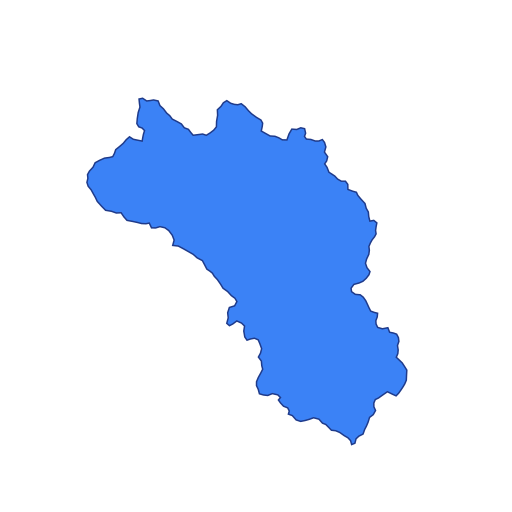 Abre Campo, Minas Gerais, Brazil (orthographic projection), rotated 113°
{"feature_id": "56859067B55300452667889", "entity_name": "Abre Campo", "entity_type": "district", "adm_level": 2, "iso_a3": "BRA", "parent_name": "Brazil", "parent_adm1": "Minas Gerais", "projection": "orthographic", "projection_center": [-42.441, -20.281], "detail": "fine", "context": "isolated", "style": "filled", "palette": "blue", "viewbox_px": 512, "rotation_deg": 113, "n_neighbors": 0, "source": "geoboundaries", "source_scale": "gbopen_adm2", "svg_char_len": 3564}
<svg xmlns="http://www.w3.org/2000/svg" viewBox="0 0 512 512"><g transform="rotate(113 256 256)"><path d="M392.2,94.3L389.7,91.8L385.2,92.5L381.6,90.9L378.1,87.9L373.2,88.2L369.5,87.9L365.3,87.9L360.2,88.4L356.2,86.1L351.5,85.6L348.7,88.6L345.3,90.1L341.5,90.1L338.9,87.8L334.8,85.3L329.6,82.0L329.9,76.4L330.0,72.4L326.6,71.1L322.5,70.2L318.7,69.5L315.6,69.1L311.6,69.1L306.8,70.9L302.1,72.6L299.8,75.9L297.3,79.6L295.9,83.2L294.4,87.3L290.5,87.3L287.0,88.4L283.1,90.8L278.8,91.1L275.5,93.0L273.0,96.0L273.2,99.4L274.0,103.2L270.5,106.6L273.6,111.2L274.2,116.1L271.7,118.9L268.8,120.4L264.7,120.6L261.2,121.7L261.7,125.0L261.9,128.9L259.3,132.0L256.9,134.6L254.3,137.5L252.0,141.2L251.0,144.9L252.5,149.6L251.5,154.1L248.5,155.9L243.9,154.8L240.5,150.5L237.5,147.7L233.4,145.8L229.1,144.7L225.8,145.0L223.4,149.3L219.9,152.4L215.6,153.0L210.4,152.8L206.4,153.9L203.1,155.8L199.2,155.8L195.6,155.4L192.0,154.4L188.7,154.1L185.8,155.9L182.1,156.9L178.3,157.7L177.2,161.5L179.4,164.8L175.7,167.6L171.6,169.8L169.0,173.2L165.1,176.2L162.6,181.7L160.4,186.0L158.1,188.5L158.6,192.5L158.8,197.4L154.2,199.5L152.2,202.9L153.8,206.7L153.3,211.0L151.6,214.8L150.4,221.6L146.6,225.3L144.4,228.8L140.9,228.1L136.6,228.8L133.6,233.6L128.3,234.3L124.7,237.3L122.9,240.4L125.6,243.1L127.0,246.3L127.3,251.1L128.7,255.3L127.0,258.1L123.6,258.3L119.8,261.0L120.5,264.9L123.6,267.9L125.2,272.6L130.7,273.3L137.1,272.9L138.8,277.2L138.3,281.2L138.4,285.3L140.0,289.9L139.4,295.6L138.9,300.0L134.2,300.9L131.1,301.8L128.9,304.6L128.2,309.8L126.8,315.8L125.2,319.8L122.9,324.3L121.6,329.1L123.9,331.9L124.9,335.2L125.3,339.0L124.4,343.6L127.7,345.9L132.0,346.7L136.5,348.7L141.5,346.3L147.5,344.9L152.6,342.9L156.7,344.1L160.6,346.3L164.3,348.9L164.6,352.8L167.0,356.9L169.4,361.0L167.8,364.3L165.8,367.7L166.0,372.1L163.6,376.3L163.1,381.0L162.7,386.6L160.5,390.3L159.4,394.0L156.7,398.7L155.1,403.2L151.5,406.7L152.4,411.3L154.3,414.2L156.0,417.2L155.1,422.0L157.2,425.0L160.9,423.0L164.3,421.0L169.9,420.5L175.8,419.0L180.7,417.4L182.9,414.4L182.7,410.9L184.1,407.6L187.9,407.2L191.3,406.5L194.7,405.7L195.7,410.5L196.5,414.6L195.7,419.0L199.6,420.9L204.1,422.2L208.4,424.3L212.9,426.7L216.9,426.4L220.5,426.7L222.5,429.3L225.1,433.7L229.1,437.4L233.0,440.5L237.9,440.7L243.0,442.5L246.9,442.9L250.2,441.1L254.3,440.4L257.4,437.7L259.5,433.6L262.5,429.8L264.7,426.9L267.8,423.4L270.5,417.6L272.7,412.3L271.3,406.5L271.0,401.4L268.9,397.1L271.7,392.7L273.6,388.7L272.4,383.2L271.5,378.5L270.8,373.9L269.3,369.9L267.4,367.1L270.9,363.2L269.4,359.4L266.5,355.9L265.6,350.9L266.7,346.2L269.6,341.2L273.3,337.6L278.8,336.8L277.2,331.4L277.7,325.7L278.4,319.5L279.0,314.5L280.7,309.5L281.2,303.5L284.4,299.6L287.3,296.1L287.9,292.8L288.8,289.5L291.0,286.4L292.8,282.3L295.7,277.7L298.6,273.7L299.8,268.2L302.1,263.2L303.1,258.9L305.4,255.8L310.2,256.2L313.8,260.4L319.3,259.9L323.8,257.4L329.4,256.6L330.5,253.2L327.6,250.8L323.3,248.3L323.4,243.1L324.9,239.2L329.9,237.9L334.9,234.7L337.0,231.4L334.5,228.6L332.3,225.3L332.3,221.2L335.2,218.2L339.1,214.6L343.7,213.9L348.1,214.3L350.6,210.0L354.6,207.9L357.6,205.6L362.0,205.9L366.8,206.4L371.5,206.4L375.1,204.9L377.9,201.8L381.5,199.0L381.0,194.8L379.8,190.7L376.3,187.2L375.3,181.7L376.7,178.2L379.8,179.1L381.7,176.0L383.5,172.0L383.4,167.5L385.7,164.8L388.9,164.4L388.7,160.2L391.2,155.0L390.8,150.3L388.3,146.6L385.5,143.1L382.4,139.8L381.6,134.3L383.9,129.5L383.8,125.9L385.2,122.5L386.9,118.5L385.7,114.4L385.7,110.0L386.9,104.5L387.4,100.4L389.0,96.8L392.2,94.3Z" fill="#3b82f6" stroke="#1e3a8a" stroke-width="1.5"/></g></svg>